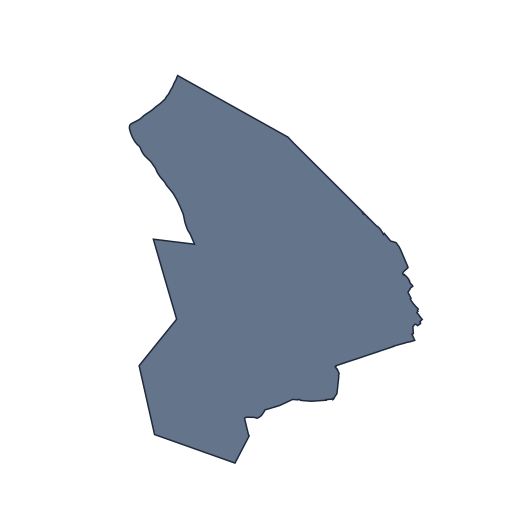 Hulst, Zeeland, Netherlands (Natural Earth projection), rotated 255°
{"feature_id": "6326949B4245688321620", "entity_name": "Hulst", "entity_type": "district", "adm_level": 2, "iso_a3": "NLD", "parent_name": "Netherlands", "parent_adm1": "Zeeland", "projection": "natural_earth1", "projection_center": [4.05, 51.332], "detail": "fine", "context": "isolated", "style": "filled", "palette": "slate", "viewbox_px": 512, "rotation_deg": 255, "n_neighbors": 0, "source": "geoboundaries", "source_scale": "gbopen_adm2", "svg_char_len": 5612}
<svg xmlns="http://www.w3.org/2000/svg" viewBox="0 0 512 512"><g transform="rotate(255 256 256)"><path d="M78.8,156.8L61.4,182.1L84.1,202.9L84.4,202.8L84.6,202.7L85.0,202.6L85.7,202.5L97.9,202.8L102.1,202.9L102.4,203.5L102.5,203.7L102.8,204.3L102.8,204.5L102.2,207.0L100.9,211.5L100.6,212.4L100.5,212.7L100.4,212.9L99.1,214.8L99.1,215.0L99.1,215.5L99.1,215.8L99.3,216.6L99.6,217.7L100.3,219.5L100.4,219.8L100.6,220.0L101.1,220.7L101.3,220.9L101.9,221.6L103.3,223.2L103.4,223.3L104.0,224.0L104.3,224.2L104.5,224.3L104.8,224.4L105.0,224.5L105.0,225.1L105.1,226.9L105.1,227.3L105.1,228.6L105.4,237.3L105.4,237.7L105.4,238.9L105.4,239.3L105.4,239.5L105.5,240.3L105.7,241.3L105.8,242.1L106.5,245.8L106.5,246.0L107.2,249.9L107.9,253.8L108.0,253.9L107.9,254.2L107.9,254.4L107.9,254.5L106.4,258.6L106.2,259.1L106.2,259.3L106.3,259.5L106.5,259.8L106.4,260.1L106.2,260.7L106.1,260.9L105.6,261.2L105.1,261.5L104.9,262.0L104.8,262.4L103.9,264.6L103.8,265.0L103.2,266.9L102.7,268.0L102.4,269.0L101.8,270.5L101.7,271.0L101.2,272.8L98.5,286.6L99.2,286.6L98.9,288.2L98.8,288.5L98.0,292.6L97.9,292.8L97.9,293.0L98.0,293.1L97.4,293.1L97.5,293.3L97.6,293.6L97.7,293.8L97.9,294.0L98.0,294.2L98.4,294.6L99.7,295.7L100.2,296.3L101.5,297.9L101.8,298.2L101.9,298.4L102.1,298.5L102.3,298.6L102.7,298.8L103.2,299.0L103.4,299.0L106.8,300.4L109.7,301.5L111.5,302.2L116.1,304.0L117.7,304.6L119.5,304.9L119.6,305.0L119.8,305.3L120.3,305.6L120.6,305.7L120.7,305.8L120.9,305.8L121.1,305.8L121.4,305.8L125.5,305.2L125.4,304.9L126.5,304.6L128.4,303.8L128.4,304.4L128.8,304.6L128.9,304.9L129.1,304.9L129.1,305.0L129.3,305.0L130.0,315.6L130.5,325.1L130.5,325.7L131.1,334.6L131.1,334.9L132.2,352.2L133.0,365.4L133.1,366.0L133.3,365.9L133.4,369.8L133.4,370.1L133.4,371.3L133.4,372.1L133.4,373.3L133.4,373.7L133.4,375.2L133.5,376.4L133.4,376.4L133.4,377.1L133.5,378.9L133.5,379.9L133.5,380.2L133.4,381.2L133.3,381.8L133.3,382.5L133.3,383.1L133.3,384.3L133.3,385.9L133.4,386.5L133.4,387.5L140.1,386.4L140.3,387.9L147.0,389.2L148.5,391.0L148.8,391.8L148.9,392.3L148.7,392.7L147.3,393.8L146.9,394.1L148.0,396.9L148.0,397.0L148.2,397.5L149.6,397.6L150.2,397.3L151.7,400.2L151.9,400.1L152.2,399.9L152.6,399.7L154.6,398.9L155.7,398.4L155.8,398.4L156.1,398.3L156.3,398.2L156.7,398.1L157.8,397.6L158.3,397.4L159.0,397.0L159.3,396.9L159.6,396.8L159.8,396.7L159.9,396.8L160.7,398.2L161.8,397.9L162.7,399.0L163.5,398.6L164.3,398.2L165.5,397.5L165.7,397.3L166.1,397.1L166.5,396.9L167.1,396.7L167.5,396.5L169.3,395.6L169.8,395.4L171.8,394.7L174.0,393.9L174.3,393.9L174.4,394.0L174.9,394.8L181.7,393.4L184.1,396.2L184.2,396.3L184.3,396.3L184.6,396.5L184.8,396.6L185.0,396.9L185.1,397.0L185.3,397.4L185.4,397.6L185.5,397.9L185.8,398.6L185.9,398.9L185.9,399.1L186.0,399.3L186.1,399.6L187.2,399.4L187.6,399.2L188.2,398.9L188.4,398.7L188.8,398.5L189.1,398.3L189.6,398.1L189.9,398.0L190.1,397.9L190.4,397.9L190.6,397.8L191.5,397.6L191.8,397.9L192.1,397.9L193.7,397.4L193.8,397.4L194.0,397.4L195.1,397.0L195.9,396.7L199.3,394.7L199.6,394.5L199.2,394.0L199.8,393.7L201.1,393.0L202.6,394.5L202.8,394.8L205.3,399.7L205.9,399.5L206.1,399.9L223.9,397.4L227.8,396.6L232.7,394.7L234.9,391.2L235.4,390.1L236.1,389.7L243.7,386.2L244.6,385.7L244.2,385.3L243.7,385.0L243.6,384.9L244.2,384.6L244.4,384.6L246.3,384.1L247.8,383.6L248.3,383.5L248.9,383.3L249.7,383.0L250.8,382.5L251.6,382.0L253.1,381.1L253.4,380.4L263.5,374.6L263.4,374.5L263.5,374.3L263.8,374.4L264.2,374.2L264.4,373.8L264.8,373.9L267.7,372.2L267.9,372.2L268.1,371.4L269.2,371.4L269.2,371.2L269.2,370.9L269.1,370.3L270.0,370.5L270.9,370.6L271.0,369.8L271.8,369.9L298.8,354.3L354.7,321.9L359.1,319.5L360.9,318.5L361.0,318.5L362.6,317.6L379.4,300.3L410.3,268.5L450.6,227.0L449.6,226.2L448.2,225.2L446.7,224.1L446.4,223.8L446.2,223.5L445.6,223.0L445.1,222.5L444.0,221.5L443.0,220.7L442.3,220.2L441.7,219.8L441.2,219.4L440.8,219.0L439.9,218.1L439.2,217.3L438.5,216.7L438.1,216.2L435.8,214.2L435.6,213.9L435.3,213.7L434.9,213.3L434.0,212.0L433.3,211.0L433.0,210.7L432.8,210.4L432.3,209.9L432.0,209.7L431.6,209.3L431.4,209.1L431.0,208.6L430.8,208.3L430.7,207.9L430.4,207.5L428.3,203.4L427.8,202.4L427.3,201.2L426.4,198.7L426.0,197.7L425.5,196.7L425.0,195.7L424.4,194.5L423.8,193.1L423.2,191.5L422.8,190.4L421.8,187.3L420.9,184.7L420.7,184.1L419.7,182.3L419.0,180.8L418.5,179.8L417.9,178.1L416.7,172.7L416.2,170.4L416.0,169.5L415.8,169.1L415.4,168.5L415.1,168.1L414.4,167.6L413.8,167.3L413.1,167.0L412.2,166.8L411.2,166.7L410.3,166.7L409.0,166.7L407.7,166.8L406.1,166.9L404.6,167.1L403.4,167.3L402.0,167.5L401.0,167.8L398.7,168.4L397.7,168.7L396.6,169.2L395.7,169.6L394.2,170.3L393.2,171.0L392.4,171.6L391.7,171.9L391.0,172.1L390.3,172.3L389.6,172.4L388.4,172.5L387.4,172.6L386.7,172.8L385.8,173.0L384.9,173.3L384.1,173.5L382.9,173.9L381.9,174.4L381.0,174.8L380.5,175.1L379.4,175.8L378.0,176.6L376.4,177.6L374.8,178.6L374.2,178.9L373.4,179.2L372.6,179.5L371.2,180.0L368.5,181.0L366.8,181.6L366.1,181.7L364.3,182.0L363.3,182.1L362.6,182.2L361.3,182.6L359.3,183.2L358.5,183.5L357.9,183.7L355.9,184.5L355.2,184.9L354.6,185.2L352.9,186.0L351.8,186.6L350.9,186.9L349.6,187.3L347.8,187.8L347.1,188.0L346.9,188.1L346.5,188.3L345.0,189.0L341.4,190.7L340.1,191.2L338.3,192.0L337.4,192.3L336.0,192.7L332.0,193.8L331.3,194.0L330.3,194.2L327.0,194.8L325.5,195.0L324.4,195.3L322.7,195.5L317.4,196.3L315.7,196.5L314.1,196.5L313.2,196.5L309.1,196.2L308.4,196.2L307.8,196.2L307.1,196.1L304.2,196.2L303.2,196.3L302.0,196.4L300.1,196.6L298.4,196.8L297.8,197.0L294.2,198.1L283.3,199.7L290.8,181.0L298.8,161.2L254.8,162.1L215.5,163.0L200.8,142.8L180.3,114.7L109.8,111.8L78.8,156.8Z" fill="#64748b" stroke="#1e293b" stroke-width="1.5"/></g></svg>